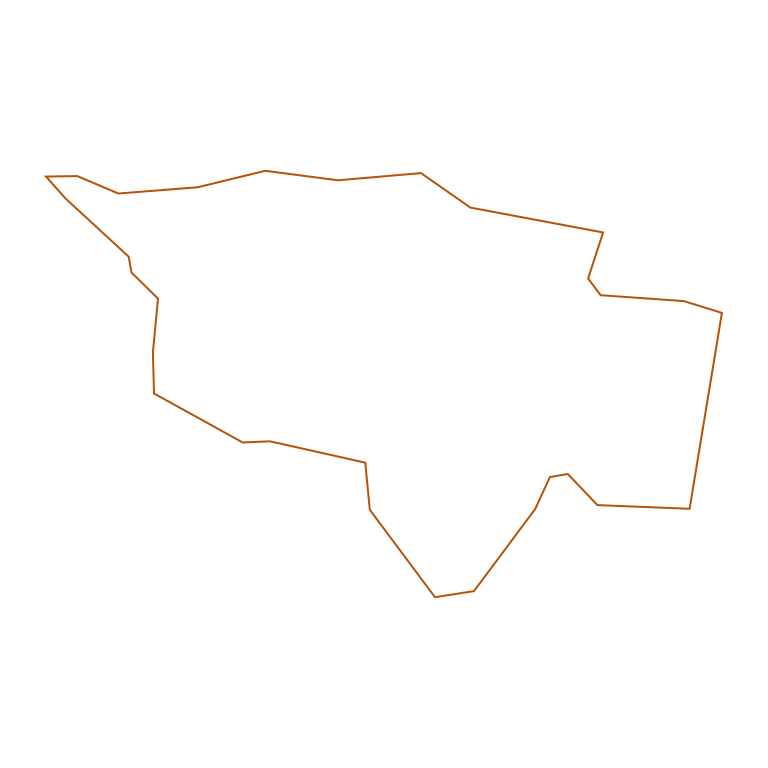 the district of Balléyara, Tillabéri, Niger
{"feature_id": "23599985B53989443832132", "entity_name": "Balléyara", "entity_type": "district", "adm_level": 2, "iso_a3": "NER", "parent_name": "Niger", "parent_adm1": "Tillabéri", "projection": "orthographic", "projection_center": [2.816, 13.701], "detail": "fine", "context": "isolated", "style": "outline", "palette": "amber", "viewbox_px": 768, "rotation_deg": 0, "n_neighbors": 0, "source": "geoboundaries", "source_scale": "gbopen_adm2", "svg_char_len": 517}
<svg xmlns="http://www.w3.org/2000/svg" viewBox="0 0 768 768"><path d="M46.1,176.6L65.2,198.2L128.7,256.7L131.5,272.6L158.0,298.6L152.9,352.5L154.0,393.5L242.7,442.5L269.9,441.3L365.3,462.7L369.8,509.8L435.0,597.2L474.0,591.1L535.2,509.0L549.9,477.1L567.8,474.0L597.4,505.1L689.6,508.8L721.9,312.9L683.8,301.1L600.6,295.2L588.1,278.5L603.1,232.5L470.4,207.6L421.0,173.1L337.8,180.3L265.4,170.8L197.3,187.3L118.3,193.5L77.3,176.1L77.1,176.1L57.4,176.4L46.1,176.6Z" fill="none" stroke="#b45309" stroke-width="2"/></svg>